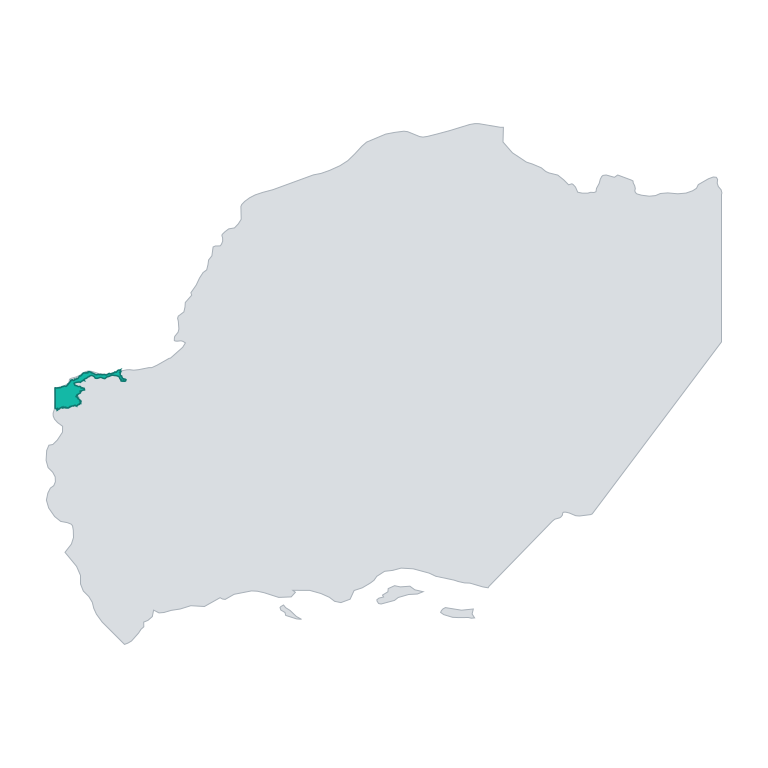 Nyasa, Ruvuma, United Republic of Tanzania shown in context, rotated 90°
{"feature_id": "72390352B51604936414420", "entity_name": "Nyasa", "entity_type": "district", "adm_level": 2, "iso_a3": "TZA", "parent_name": "United Republic of Tanzania", "parent_adm1": "Ruvuma", "projection": "equal_earth", "projection_center": [34.941, -11.007], "detail": "fine", "context": "in_parent", "style": "filled", "palette": "teal", "viewbox_px": 768, "rotation_deg": 90, "n_neighbors": 0, "source": "geoboundaries", "source_scale": "gbopen_adm2", "svg_char_len": 9292}
<svg xmlns="http://www.w3.org/2000/svg" viewBox="0 0 768 768"><g transform="rotate(90 384 384)"><path d="M292.7,577.1L285.1,571.8L278.1,568.5L272.5,564.9L269.9,561.3L264.6,560.0L260.0,559.4L255.8,556.1L247.0,554.9L246.0,552.7L245.9,547.9L244.4,546.6L241.2,545.3L237.7,545.4L235.7,546.1L234.4,545.8L231.6,542.9L228.9,539.3L227.9,533.5L223.9,529.7L219.3,526.8L206.5,527.1L204.4,526.2L201.4,523.3L197.8,518.4L194.9,512.8L192.4,505.3L189.7,495.1L174.9,454.6L173.4,446.9L170.4,438.4L165.7,428.0L160.7,420.2L153.9,413.2L146.2,406.1L142.1,401.4L134.1,382.3L132.4,373.3L131.2,364.1L131.7,360.3L136.6,348.3L137.1,345.0L136.4,340.4L134.0,330.9L130.9,319.3L124.5,298.3L123.6,293.0L123.7,289.0L127.3,267.6L127.3,264.6L142.0,265.0L152.8,255.6L162.1,241.6L164.0,235.7L167.8,226.7L171.5,222.2L172.9,219.1L175.1,210.2L180.0,204.1L184.8,199.4L183.8,196.1L184.5,194.9L187.1,192.5L192.2,190.3L193.2,185.6L193.2,180.3L192.3,177.3L192.5,173.9L191.7,172.0L188.4,171.5L183.4,168.8L179.2,167.7L176.4,166.2L175.4,165.0L175.0,161.8L177.3,153.6L175.0,150.3L180.1,136.6L181.0,135.0L182.9,134.8L185.8,133.3L188.6,132.7L190.8,133.2L192.5,132.6L193.9,131.1L195.2,126.5L196.2,118.7L195.6,112.5L193.5,107.6L192.9,100.2L193.8,90.3L193.1,82.0L190.8,75.4L188.3,71.5L184.6,69.7L178.8,59.6L177.0,54.7L177.3,51.7L179.4,50.4L183.1,50.8L186.5,49.7L189.8,46.9L192.9,46.1L194.6,46.5L341.9,46.5L513.9,175.8L514.6,177.4L516.0,188.5L515.7,192.3L513.0,198.7L512.2,202.0L512.2,204.4L512.9,205.3L515.1,205.6L517.0,207.1L517.8,208.3L519.2,213.2L521.1,215.6L586.3,279.0L587.8,279.9L586.9,285.2L583.1,298.1L582.9,303.5L581.5,309.8L580.1,314.0L576.3,332.1L573.1,338.9L568.8,354.8L568.1,366.9L570.4,375.4L571.3,383.4L576.3,391.2L580.3,394.0L583.0,397.6L587.8,405.7L590.5,413.9L599.2,417.9L602.6,427.1L601.3,433.4L597.3,438.6L593.5,447.1L590.4,458.2L590.3,475.2L592.3,472.6L596.9,476.8L597.4,489.3L592.7,503.9L591.2,510.7L590.9,516.5L594.3,533.9L599.4,542.8L599.0,545.6L597.7,547.9L606.5,563.6L605.7,577.2L609.0,587.8L610.4,597.0L612.5,604.1L612.9,609.0L610.1,614.4L616.6,615.7L620.4,620.1L622.1,624.3L626.8,624.2L629.3,627.0L633.0,629.4L641.0,636.5L643.1,640.1L644.4,643.5L622.1,665.8L614.1,671.6L608.4,674.2L602.3,675.7L596.5,679.2L591.0,684.7L583.9,687.5L575.4,687.5L566.4,691.4L552.3,703.0L544.1,696.6L537.6,694.5L530.2,694.7L525.7,695.5L524.1,696.9L522.6,700.8L521.4,707.3L516.5,713.4L508.0,719.3L500.1,721.6L493.0,720.1L488.1,717.6L485.6,714.2L481.8,712.6L476.9,712.8L472.2,715.3L467.6,719.9L460.4,721.9L450.5,721.3L445.2,719.1L444.5,715.2L440.1,710.7L432.2,705.5L426.3,705.4L422.6,710.4L419.1,713.5L416.0,714.8L413.2,714.9L409.2,713.6L398.3,713.1L387.9,713.3L386.8,706.1L384.7,701.7L382.8,699.1L379.3,698.5L378.2,696.5L377.0,692.0L375.3,688.2L372.9,685.0L371.5,682.1L371.0,679.4L371.4,676.4L373.6,669.1L374.3,664.0L374.0,658.9L372.8,653.6L370.4,647.3L370.7,645.5L369.8,641.2L369.7,638.2L370.2,634.4L369.7,629.5L367.6,618.9L367.6,616.2L365.3,611.1L358.4,599.0L358.1,597.5L347.3,585.3L342.9,582.6L341.4,584.9L340.8,587.0L341.2,590.9L341.0,592.9L340.5,593.7L337.9,593.6L336.3,593.2L332.2,589.9L329.0,589.1L321.1,589.7L318.3,590.4L316.1,589.7L311.9,584.1L307.0,583.0L302.5,582.7L295.2,576.3L292.7,577.1ZM600.4,373.5L604.0,386.9L603.5,389.4L601.0,391.0L599.7,391.1L598.1,389.0L597.0,384.4L595.1,385.5L591.8,380.1L588.6,379.8L585.7,373.4L586.9,367.7L586.2,358.1L589.8,353.2L591.7,344.9L594.0,350.6L594.5,359.4L597.5,369.8L600.4,373.5ZM617.9,293.4L618.2,296.6L617.5,299.6L617.6,309.2L617.3,315.5L614.6,324.3L612.4,327.4L610.5,326.5L608.9,325.0L607.6,322.6L610.2,306.5L609.0,294.7L614.0,295.9L617.9,293.4ZM610.1,487.1L607.6,488.0L606.6,487.2L605.0,484.5L607.7,482.3L610.4,478.0L616.5,471.6L619.3,466.5L618.9,471.4L615.4,482.3L612.5,483.0L610.1,487.1Z" fill="#d9dde1" stroke="#a8b0b8" stroke-width="1"/><path d="M370.2,647.8L369.7,647.5L370.0,648.1L370.1,648.6L370.0,649.1L370.4,650.1L370.5,650.3L371.4,651.1L372.0,651.4L372.2,651.7L372.3,652.2L372.2,652.6L371.9,652.8L371.9,653.0L372.1,653.4L372.8,654.0L372.8,654.3L373.2,654.7L373.1,655.4L373.6,656.1L373.7,656.4L373.5,656.8L373.9,657.4L373.8,657.9L373.8,658.1L373.6,658.3L373.6,658.6L373.4,658.7L373.4,658.9L373.9,659.8L374.1,659.9L374.5,660.4L374.7,661.0L374.8,661.1L375.0,661.8L375.0,662.0L374.8,662.2L374.8,662.9L374.5,663.4L374.5,663.7L374.6,664.7L374.8,665.2L374.7,665.4L374.7,665.6L374.6,666.0L374.7,666.7L374.4,667.1L374.4,667.3L374.5,667.7L374.7,668.1L374.6,668.5L374.6,669.2L374.4,669.5L374.4,669.8L374.3,670.2L374.8,671.0L374.8,671.5L374.7,671.6L374.7,671.9L374.4,672.4L374.6,672.9L374.4,673.2L374.1,673.5L373.4,674.4L373.4,674.9L372.9,675.7L372.8,676.5L372.5,676.6L372.5,676.8L372.4,676.8L372.2,677.1L372.1,677.4L371.8,678.1L371.8,678.6L371.7,678.7L371.7,679.1L371.9,679.5L371.8,679.9L372.5,680.0L372.9,680.2L372.9,680.5L372.8,681.0L372.9,681.3L372.7,681.7L372.9,682.0L372.8,682.3L372.9,682.5L373.0,682.5L372.9,683.1L372.9,684.2L373.2,684.5L373.2,684.8L373.7,685.3L374.6,685.9L374.6,686.1L375.7,687.0L376.0,687.5L376.0,687.9L375.9,688.1L376.6,688.9L377.9,689.7L378.4,690.0L378.5,690.2L378.6,690.6L378.7,690.8L378.6,691.0L378.8,691.0L378.8,691.3L379.0,691.5L379.2,692.0L379.1,692.6L379.3,692.7L379.2,693.1L379.4,693.0L380.1,693.5L380.5,694.4L380.5,694.7L380.4,695.0L380.1,695.1L379.8,695.3L379.9,696.3L380.1,696.8L380.1,697.0L380.4,697.2L380.6,697.0L381.3,697.5L382.5,698.5L384.2,699.8L384.2,700.1L384.4,700.1L384.5,700.0L385.5,700.9L386.4,701.9L386.4,702.2L386.2,702.6L386.1,703.4L386.3,704.4L386.6,704.8L386.7,705.1L386.7,705.3L386.5,705.6L386.5,705.8L386.7,706.1L387.3,706.7L387.4,707.0L387.5,707.3L387.7,707.8L387.6,708.0L387.7,708.3L387.6,708.5L387.8,708.9L387.8,709.8L388.0,710.0L387.9,710.6L388.0,710.8L388.1,711.4L388.0,712.0L387.9,712.4L387.8,712.7L387.9,712.9L408.1,712.8L408.1,712.6L408.3,712.4L408.5,712.3L408.6,712.2L408.7,711.9L408.8,711.9L408.8,711.7L409.0,711.5L408.9,711.3L409.0,711.2L408.9,711.1L408.8,710.9L409.0,710.9L408.9,710.8L409.9,710.8L409.7,710.6L409.9,710.4L409.4,710.3L409.2,709.8L409.2,709.3L409.0,709.2L408.7,709.1L408.8,708.6L408.6,708.6L408.6,708.4L408.1,708.1L407.9,708.0L407.7,708.1L408.0,707.8L408.0,707.7L407.8,707.6L407.6,706.6L407.6,706.1L407.4,706.2L407.3,706.3L407.2,706.2L407.4,705.9L407.6,706.0L407.7,705.9L407.8,706.0L407.9,705.9L407.6,705.7L407.3,705.4L407.7,705.4L407.9,705.1L407.7,704.9L407.8,704.5L407.7,704.4L407.5,704.7L407.2,704.5L407.2,704.3L407.3,704.0L407.2,703.7L407.3,703.6L407.6,703.6L407.5,703.2L407.3,702.7L407.6,702.8L407.8,702.7L407.7,702.4L407.9,702.2L407.8,701.6L408.0,701.4L407.9,701.1L408.0,700.7L407.7,700.4L407.8,699.9L408.0,700.0L408.0,699.9L407.9,699.4L407.5,699.3L407.3,698.3L407.0,698.0L406.7,698.1L406.4,697.9L406.4,697.6L406.6,697.1L406.3,696.7L406.0,696.0L406.0,695.4L405.9,695.1L406.0,694.4L405.7,694.3L405.3,693.5L405.4,693.1L405.3,692.9L405.3,692.6L405.6,692.3L405.8,692.4L405.9,692.1L405.7,691.7L405.7,691.4L405.9,691.4L406.1,691.2L405.7,691.1L405.6,690.8L405.2,690.5L405.2,690.3L404.8,690.1L404.5,689.8L404.5,689.7L404.6,689.2L404.4,688.6L404.0,688.8L403.6,688.5L403.5,688.1L403.3,687.8L403.4,687.3L403.0,687.4L402.7,687.7L402.2,687.8L401.9,687.5L402.0,687.1L401.9,687.0L401.4,687.4L401.2,687.1L400.8,687.2L400.8,687.7L400.7,688.0L400.7,688.3L400.1,688.1L399.9,688.1L399.0,689.3L398.8,689.4L398.9,689.8L398.8,690.0L397.7,690.3L397.7,690.5L397.3,690.8L397.2,690.9L397.1,690.6L396.7,691.9L396.4,692.0L395.9,691.5L395.5,691.3L395.4,691.0L395.6,690.8L395.5,690.6L395.4,690.6L395.3,690.9L395.1,691.0L394.9,690.8L394.7,690.8L394.7,690.6L394.5,690.3L394.3,690.1L394.2,689.8L393.9,689.3L393.6,689.1L393.6,688.9L393.3,688.4L393.3,688.2L392.9,687.6L392.2,687.5L391.8,687.2L391.7,687.5L391.4,687.9L391.1,687.9L390.4,685.4L390.2,684.9L390.0,684.7L390.0,683.5L389.2,683.5L388.2,684.0L388.2,684.5L388.1,685.3L387.9,685.4L387.8,685.6L387.9,686.4L388.1,686.8L387.1,687.1L386.4,687.9L386.4,688.4L386.5,688.7L386.6,688.9L386.6,689.5L386.3,690.5L386.1,690.6L385.9,691.2L385.7,691.6L385.4,693.1L384.5,693.3L384.1,693.7L383.7,693.9L383.2,693.9L382.6,692.3L382.2,690.7L382.2,689.8L381.9,689.0L382.2,688.1L382.3,688.0L382.4,687.7L382.1,687.3L381.5,686.7L380.8,685.5L380.4,685.0L380.4,684.7L380.2,684.5L380.2,684.3L380.5,684.0L380.6,683.6L379.7,684.2L379.3,683.7L378.6,682.7L378.6,682.2L378.3,681.9L378.2,681.4L377.5,680.6L377.1,680.2L376.6,678.9L376.4,678.9L375.8,677.7L375.7,677.4L375.5,676.8L375.5,675.8L376.1,674.7L376.6,673.9L377.0,673.5L378.1,672.8L378.2,672.5L378.3,671.8L378.3,670.5L377.7,668.7L377.4,668.1L377.4,667.5L377.5,666.6L377.7,666.1L378.0,665.5L378.2,665.1L378.6,663.6L378.6,663.1L377.1,661.3L376.8,660.6L376.7,660.0L376.3,658.7L375.9,657.9L375.3,656.3L375.2,655.5L375.3,654.6L375.5,653.6L375.6,651.8L376.0,650.5L376.3,649.8L376.6,649.5L376.7,649.1L377.1,648.6L377.3,648.4L377.8,648.4L378.7,648.1L379.7,647.1L379.6,646.9L379.9,646.9L380.6,647.1L380.8,647.1L381.1,646.4L381.1,645.6L381.3,645.0L381.1,644.6L381.3,643.6L381.1,643.2L381.2,642.9L380.9,642.6L380.7,642.6L380.7,642.3L380.0,642.1L379.8,642.0L379.6,642.0L379.2,642.7L379.2,643.1L379.1,643.5L378.8,644.1L378.7,644.8L378.6,645.0L378.8,645.0L376.7,646.4L376.6,646.2L376.0,646.3L375.9,646.4L375.8,646.9L375.7,647.3L375.0,647.8L374.7,647.9L373.8,647.7L373.2,647.9L372.8,647.7L372.6,648.1L372.2,647.5L371.7,647.5L371.6,647.2L371.5,647.3L371.4,647.8L371.2,647.9L371.0,647.5L370.9,647.4L370.2,647.8Z" fill="#14b8a6" stroke="#0f766e" stroke-width="1.5"/></g></svg>